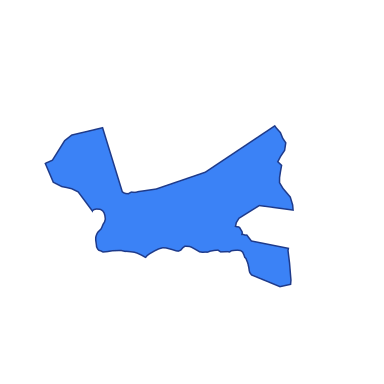 La Fargue, Choiseul, Saint Lucia, rotated 217°
{"feature_id": "8701671B39771319698243", "entity_name": "La Fargue", "entity_type": "district", "adm_level": 2, "iso_a3": "LCA", "parent_name": "Saint Lucia", "parent_adm1": "Choiseul", "projection": "natural_earth1", "projection_center": [-61.043, 13.771], "detail": "fine", "context": "isolated", "style": "filled", "palette": "blue", "viewbox_px": 384, "rotation_deg": 217, "n_neighbors": 0, "source": "geoboundaries", "source_scale": "gbopen_adm2", "svg_char_len": 2160}
<svg xmlns="http://www.w3.org/2000/svg" viewBox="0 0 384 384"><g transform="rotate(217 192 192)"><path d="M100.4,238.4L103.8,242.2L110.5,247.1L121.5,249.6L127.7,252.1L130.8,256.3L133.4,261.1L136.5,267.2L141.7,267.8L142.7,273.8L143.1,281.0L146.7,287.7L151.9,289.5L157.1,292.6L163.4,293.9L165.7,294.6L193.3,215.8L222.4,172.8L232.2,162.9L235.1,160.0L236.3,158.4L237.2,157.5L238.6,156.5L240.4,155.4L241.4,153.3L241.7,152.4L243.8,151.0L245.8,150.3L247.8,150.2L302.1,189.5L322.3,165.1L324.6,156.4L322.6,133.4L324.9,129.2L325.7,127.9L326.3,126.5L308.6,116.3L299.2,118.0L294.9,120.1L290.1,122.2L283.0,123.6L260.2,116.9L260.3,117.1L259.7,119.0L258.1,120.9L255.3,122.7L254.2,123.1L251.9,123.2L249.8,122.5L247.5,120.9L244.9,118.2L243.8,115.4L243.6,112.8L242.7,109.4L242.4,107.7L243.0,103.4L242.8,101.6L242.3,99.7L241.6,97.9L240.0,95.7L236.5,92.2L235.2,90.8L233.0,89.7L231.3,89.4L229.4,90.1L227.0,90.5L223.6,93.6L220.3,97.1L215.4,101.1L213.3,102.7L209.7,104.3L208.6,105.2L205.0,107.4L201.8,109.2L199.0,110.2L194.4,111.2L190.5,111.7L189.9,111.8L189.7,111.9L189.6,114.2L188.7,117.2L186.3,122.8L185.3,124.7L184.5,126.3L183.5,127.7L181.8,129.9L179.7,131.3L179.1,131.7L173.2,134.1L169.2,135.5L167.3,136.6L166.0,138.8L165.8,141.9L165.0,144.5L161.2,147.0L159.6,147.5L159.3,147.6L155.8,148.1L151.8,148.6L149.9,148.8L147.2,150.3L146.4,151.0L145.4,151.9L143.3,153.4L141.9,155.7L139.0,158.8L136.3,161.2L133.1,161.4L129.4,164.4L128.4,165.2L127.2,166.1L126.9,166.2L125.9,166.7L125.2,168.8L122.8,171.1L120.7,172.9L117.9,174.5L115.4,174.5L112.5,172.9L110.6,171.6L109.2,171.4L108.9,171.4L107.5,170.5L105.1,169.1L104.5,168.6L103.6,168.0L103.1,167.5L102.8,167.2L101.3,166.0L100.7,165.4L99.7,164.4L99.0,163.7L98.1,163.0L97.9,162.8L97.7,162.7L97.2,162.4L96.0,162.0L94.4,161.6L94.1,161.7L65.0,169.3L64.8,169.3L57.7,177.6L59.9,181.1L71.3,193.9L80.1,203.0L81.1,205.0L115.1,188.6L122.3,190.6L123.9,189.4L125.0,189.1L126.0,188.7L126.4,188.4L126.6,188.2L127.2,189.5L128.1,190.4L128.8,190.7L130.5,191.4L132.4,192.2L133.4,192.2L134.1,192.0L135.1,191.3L136.6,190.7L136.7,191.0L138.2,194.2L138.7,199.3L136.1,206.1L130.1,221.7L100.4,238.4Z" fill="#3b82f6" stroke="#1e3a8a" stroke-width="1.5"/></g></svg>